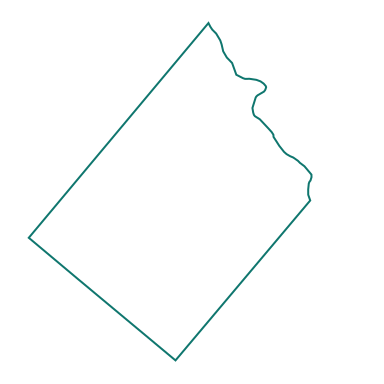 Clay, South Dakota, United States of America, rotated 220°
{"feature_id": "52423323B37505692386722", "entity_name": "Clay", "entity_type": "district", "adm_level": 2, "iso_a3": "USA", "parent_name": "United States of America", "parent_adm1": "South Dakota", "projection": "albers", "projection_center": [-96.993, 42.894], "detail": "fine", "context": "isolated", "style": "outline", "palette": "teal", "viewbox_px": 384, "rotation_deg": 220, "n_neighbors": 0, "source": "geoboundaries", "source_scale": "gbopen_adm2", "svg_char_len": 807}
<svg xmlns="http://www.w3.org/2000/svg" viewBox="0 0 384 384"><g transform="rotate(220 192 192)"><path d="M96.4,52.4L96.0,261.5L101.2,264.6L104.6,268.6L108.0,273.6L108.6,275.4L108.6,276.9L110.0,280.2L111.7,282.1L122.4,284.0L128.0,283.7L130.8,284.0L136.6,283.5L139.9,282.5L143.9,281.8L147.3,281.9L154.6,283.4L164.9,286.6L166.5,288.2L169.4,289.1L174.3,289.8L186.8,291.3L192.5,290.5L194.2,290.9L196.2,292.2L199.7,295.2L203.9,305.2L204.1,306.4L203.9,308.2L201.4,315.2L201.5,317.1L202.0,318.6L202.6,320.0L203.7,320.6L206.8,321.1L210.6,320.8L214.8,319.3L217.1,317.9L220.7,315.7L224.0,312.8L226.0,312.0L233.4,310.3L244.2,316.6L251.8,317.4L258.5,319.8L264.2,324.1L267.8,326.3L275.3,328.9L280.8,329.4L284.2,330.4L288.0,332.0L287.6,52.0L223.8,52.0L96.4,52.4Z" fill="none" stroke="#0f766e" stroke-width="2"/></g></svg>